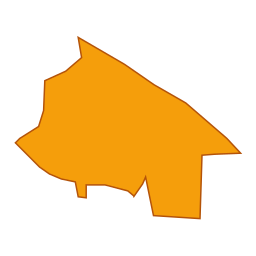 outline of Gangseo-gu, Seoul, South Korea
{"feature_id": "91817680B75936691302089", "entity_name": "Gangseo-gu", "entity_type": "district", "adm_level": 2, "iso_a3": "KOR", "parent_name": "South Korea", "parent_adm1": "Seoul", "projection": "mercator", "projection_center": [126.819, 37.555], "detail": "fine", "context": "isolated", "style": "filled", "palette": "amber", "viewbox_px": 256, "rotation_deg": 0, "n_neighbors": 0, "source": "geoboundaries", "source_scale": "gbopen_adm2", "svg_char_len": 492}
<svg xmlns="http://www.w3.org/2000/svg" viewBox="0 0 256 256"><path d="M44.8,80.7L43.6,110.6L38.6,126.5L19.8,138.4L15.4,142.8L39.6,167.1L49.5,174.0L61.4,179.0L75.3,181.9L78.2,196.8L86.2,197.8L86.2,184.9L94.1,184.9L105.0,184.9L127.8,190.9L133.7,195.8L133.9,196.4L142.6,183.9L145.6,177.0L153.5,215.6L200.0,218.6L202.0,155.2L214.9,154.2L240.6,153.2L226.8,138.4L185.8,103.0L154.1,84.8L124.6,64.4L78.2,37.4L81.6,57.6L65.7,71.2L44.8,80.7Z" fill="#f59e0b" stroke="#b45309" stroke-width="1.5"/></svg>